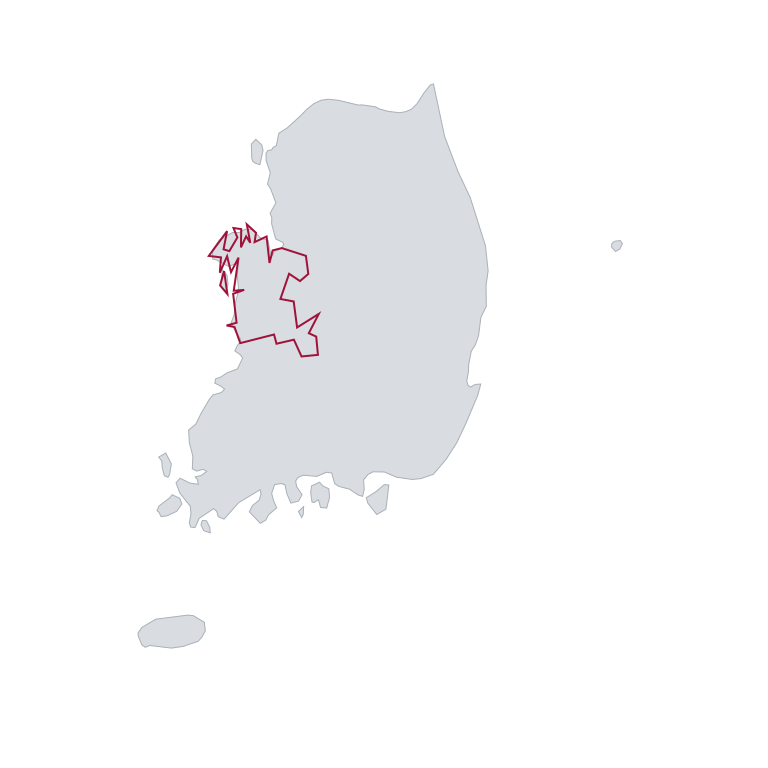 location of South Chungcheong within South Korea, rotated 11°
{"feature_id": "KOR-2502", "entity_name": "South Chungcheong", "entity_type": "Province", "adm_level": 1, "iso_a3": "KOR", "parent_name": "South Korea", "parent_adm1": "", "projection": "equal_earth", "projection_center": [126.614, 36.518], "detail": "coarse", "context": "in_parent", "style": "outline", "palette": "rose", "viewbox_px": 768, "rotation_deg": 11, "n_neighbors": 0, "source": "natural_earth", "source_scale": "10m", "svg_char_len": 3943}
<svg xmlns="http://www.w3.org/2000/svg" viewBox="0 0 768 768"><g transform="rotate(11 384 384)"><path d="M230.1,172.8L232.7,170.7L232.9,167.7L232.9,157.9L240.2,151.0L250.6,137.0L255.7,129.3L261.6,122.2L268.3,117.4L274.9,115.1L285.3,114.2L305.3,115.1L309.2,114.2L323.0,113.5L326.3,114.8L336.4,115.6L347.6,114.7L353.2,112.6L358.4,109.1L362.9,102.7L367.5,91.0L372.4,81.7L375.3,80.0L396.2,129.3L416.0,161.2L433.0,184.4L457.3,229.1L464.6,253.0L465.4,267.9L469.6,288.3L466.4,300.1L467.6,318.6L466.2,328.1L463.4,335.1L463.4,348.6L464.5,355.8L464.7,365.4L466.6,369.2L469.4,370.5L473.7,367.0L479.0,365.6L478.2,377.1L472.1,406.3L466.7,427.6L459.3,446.2L449.7,463.2L438.1,469.9L429.9,472.3L414.2,473.1L401.1,470.3L389.9,472.3L385.5,475.9L382.2,482.0L384.7,491.4L384.4,498.4L379.6,497.8L370.1,493.8L359.5,493.2L354.6,491.2L349.6,481.3L344.5,481.6L335.7,487.5L322.2,488.9L317.5,492.1L315.8,496.2L317.8,501.4L324.7,508.3L322.4,515.3L315.3,518.7L309.6,510.2L306.0,501.8L302.0,501.3L295.8,503.7L294.6,512.8L297.5,518.9L302.3,526.1L295.7,534.3L293.9,540.2L289.2,544.4L276.2,535.1L278.1,528.4L283.6,522.0L284.3,515.3L282.5,511.4L264.0,528.2L252.7,547.2L246.6,545.8L244.1,540.9L240.5,538.9L228.2,551.2L225.9,561.0L221.4,561.3L219.4,557.2L219.3,548.4L217.2,541.0L204.5,530.1L198.7,520.7L201.8,515.4L212.4,518.3L220.8,517.9L219.2,513.4L216.4,511.3L222.0,508.7L226.7,503.6L222.8,502.2L216.9,505.2L212.0,503.7L210.1,491.3L204.1,478.7L201.0,466.4L206.9,459.3L209.9,448.3L215.4,432.4L218.2,427.3L225.8,423.5L228.5,419.4L224.3,417.3L217.7,415.4L217.8,410.9L222.4,408.4L227.4,403.3L237.2,397.2L240.3,385.6L237.4,382.7L231.3,380.0L232.7,374.1L235.2,369.7L234.3,367.0L227.0,359.5L222.3,352.6L223.7,344.8L222.6,333.1L223.2,323.2L222.9,317.8L219.4,305.8L217.8,293.7L213.2,295.4L209.5,298.4L196.1,294.2L191.9,293.9L190.2,285.0L195.0,273.9L206.4,264.2L212.9,263.0L217.8,258.7L225.4,257.4L234.6,264.0L242.8,265.3L247.4,276.7L250.2,279.1L250.8,274.9L257.5,270.0L259.0,266.3L257.6,264.3L250.0,262.3L243.1,248.1L242.1,242.0L239.6,238.1L243.3,226.8L235.4,213.9L231.5,209.9L232.1,198.4L227.9,191.0L225.6,187.0L224.2,180.1L225.4,176.9L229.0,175.7L230.1,172.8ZM203.8,685.4L199.9,688.0L196.4,686.4L195.4,685.3L191.1,678.7L190.0,675.4L192.9,669.0L204.8,658.4L235.5,648.3L241.0,647.8L253.1,652.2L255.7,660.3L253.5,667.3L250.7,672.0L236.7,680.0L225.7,683.8L203.8,685.4ZM409.8,506.5L401.8,513.5L390.9,504.1L388.3,499.0L396.5,491.4L403.4,482.8L408.0,482.2L409.8,506.5ZM352.2,505.7L351.4,516.7L345.3,517.3L341.7,510.1L337.9,513.6L335.9,513.7L332.8,504.8L332.3,497.9L339.4,492.7L343.6,495.8L349.8,497.4L352.2,505.7ZM196.0,554.9L190.5,556.7L187.5,552.8L185.3,551.7L186.5,546.6L195.4,536.6L197.2,533.1L205.4,535.2L208.5,540.5L204.7,548.6L196.0,554.9ZM220.7,177.8L220.3,192.4L215.6,191.8L212.5,190.3L211.1,187.5L208.0,173.9L211.5,168.3L218.4,172.7L220.7,177.8ZM190.8,514.1L189.7,516.8L185.9,516.0L182.2,508.2L180.6,502.1L176.8,498.7L182.9,493.4L190.5,503.0L190.8,514.1ZM211.9,316.1L210.7,323.4L205.1,318.6L203.5,302.7L209.3,307.4L211.9,316.1ZM589.8,206.4L586.0,209.7L581.4,206.4L580.8,202.9L583.1,199.9L588.6,198.1L591.2,200.7L589.8,206.4ZM240.4,558.0L241.8,563.3L234.9,562.3L231.2,557.1L231.7,552.7L235.8,552.1L240.4,558.0ZM329.6,527.3L328.7,530.8L324.3,525.5L328.5,519.7L329.6,527.3Z" fill="#d9dde1" stroke="#a8b0b8" stroke-width="1"/><path d="M266.6,356.4L235.1,371.3L226.4,356.6L218.3,356.6L227.6,352.0L218.7,324.2L228.8,318.3L218.7,321.1L217.1,287.7L212.5,303.4L205.6,288.5L201.6,306.1L199.8,290.8L187.6,291.7L200.8,263.9L200.8,282.4L206.8,283.1L212.1,268.2L206.5,259.6L214.3,259.2L217.5,277.2L220.5,265.4L225.8,270.9L218.9,253.5L229.5,260.0L229.9,269.4L240.6,261.6L248.5,287.0L249.2,274.1L257.8,270.1L282.9,273.1L288.7,290.4L281.9,299.0L269.8,293.9L266.1,320.3L279.6,320.2L287.9,345.1L306.6,327.6L300.5,348.5L308.4,350.4L313.6,368.0L297.8,372.7L287.1,357.7L270.8,365.0L266.6,356.4ZM205.5,303.7L213.1,325.6L204.3,318.5L205.5,303.7Z" fill="none" stroke="#9f1239" stroke-width="2"/></g></svg>